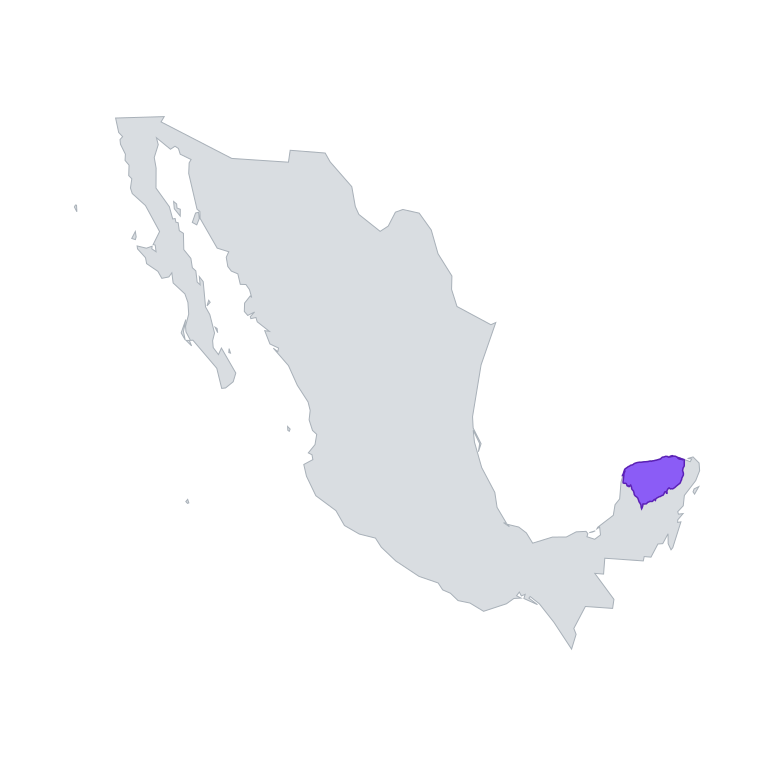 where Yucatán sits in Mexico, rotated 4°
{"feature_id": "MEX-2737", "entity_name": "Yucatán", "entity_type": "State", "adm_level": 1, "iso_a3": "MEX", "parent_name": "Mexico", "parent_adm1": "", "projection": "equal_earth", "projection_center": [-88.855, 20.634], "detail": "fine", "context": "in_parent", "style": "filled", "palette": "violet", "viewbox_px": 768, "rotation_deg": 4, "n_neighbors": 0, "source": "natural_earth", "source_scale": "10m", "svg_char_len": 6285}
<svg xmlns="http://www.w3.org/2000/svg" viewBox="0 0 768 768"><g transform="rotate(4 384 384)"><path d="M97.7,137.4L146.1,132.6L143.3,138.1L216.4,169.6L273.2,169.4L274.1,157.4L309.2,157.7L314.8,166.2L338.1,189.4L343.0,209.0L347.1,216.6L369.5,232.0L377.2,226.2L383.4,211.8L390.6,208.6L407.2,211.1L420.4,227.1L428.8,250.3L444.2,271.5L444.8,284.9L451.4,301.6L486.5,317.4L491.2,314.9L479.5,358.2L474.6,410.4L476.0,421.7L485.0,436.8L482.9,445.0L483.6,436.8L476.2,423.9L478.3,435.7L487.3,460.6L502.1,484.4L505.4,499.2L515.9,514.4L512.9,514.0L519.0,517.6L517.1,515.4L528.4,517.3L536.4,522.6L543.4,532.4L562.6,525.0L576.6,523.9L586.0,518.1L595.8,516.9L597.8,519.1L597.1,522.2L605.0,524.2L610.5,519.5L609.1,511.7L606.5,513.6L607.2,512.0L621.9,499.0L622.9,488.3L627.1,482.2L627.3,465.1L630.1,452.4L641.3,444.9L660.9,441.0L669.5,436.7L679.1,435.7L694.9,440.1L696.2,437.3L692.0,437.2L697.4,435.2L703.8,440.8L704.9,448.4L701.7,458.6L691.4,474.2L691.0,484.6L685.9,490.9L686.8,493.3L691.4,492.4L686.5,499.0L686.6,501.6L689.8,500.8L683.5,527.1L681.9,529.4L678.6,523.5L677.8,513.6L673.2,523.8L668.4,524.5L662.4,538.1L655.6,538.0L655.0,542.4L616.4,542.4L616.3,558.3L607.5,558.2L628.4,582.8L627.7,591.9L600.4,591.9L590.4,614.6L593.1,620.3L589.6,635.4L570.0,609.7L554.3,592.4L544.6,585.8L543.5,587.5L552.5,593.4L538.5,588.2L539.5,584.0L535.8,585.8L533.5,582.1L531.0,586.0L535.6,588.0L528.5,588.9L521.5,594.7L499.2,603.8L485.0,596.5L473.0,594.9L464.9,588.1L456.9,585.3L451.9,578.7L432.4,573.5L408.2,559.8L392.7,547.0L386.2,538.3L369.8,535.4L354.4,527.9L344.9,513.7L323.8,500.2L313.1,481.4L309.6,469.9L318.3,464.4L317.1,459.6L313.3,458.0L319.4,449.3L320.4,438.9L315.9,435.3L311.8,425.0L312.2,415.5L309.5,407.2L297.6,391.3L287.4,372.3L271.1,356.0L275.8,359.1L276.3,355.5L267.4,352.0L261.3,339.1L266.0,339.5L253.2,330.8L251.6,326.6L246.6,328.1L245.9,326.2L249.9,321.2L243.3,325.1L239.6,321.4L239.3,313.0L244.4,305.5L246.0,306.9L243.2,299.2L239.3,294.4L233.7,294.6L230.5,284.3L223.8,282.0L220.0,277.7L217.8,268.6L219.9,262.9L208.1,260.1L189.0,231.6L188.3,224.8L185.3,222.7L174.5,187.6L174.2,177.0L175.9,173.5L164.7,169.0L162.5,163.4L158.9,161.4L154.6,164.7L139.8,154.2L142.1,161.0L139.0,174.1L141.6,184.5L142.9,204.5L157.5,222.1L161.7,234.1L164.1,233.5L165.1,237.1L167.4,237.5L169.1,245.3L173.4,247.7L174.9,263.9L182.6,272.2L184.7,281.4L188.4,284.3L190.5,295.3L193.7,297.9L192.3,289.8L196.5,294.5L200.6,319.6L205.4,326.9L211.4,345.0L210.0,352.7L211.1,359.6L216.8,366.2L219.3,359.5L235.4,383.4L233.4,392.3L226.2,399.0L222.4,399.7L216.1,380.0L190.3,353.6L187.9,354.0L182.8,345.8L182.0,340.2L184.3,327.9L182.7,316.3L179.1,308.0L166.6,297.9L164.6,287.9L161.9,292.2L155.0,294.1L150.6,287.4L138.8,280.5L137.3,274.7L128.7,266.4L128.1,263.5L137.5,265.1L143.1,262.7L142.9,265.3L147.4,268.0L146.1,261.4L144.0,261.0L149.5,247.6L133.6,222.6L119.6,211.6L117.4,206.2L118.1,196.9L114.8,193.9L114.4,183.5L110.1,179.0L110.0,172.8L104.4,163.2L103.6,158.6L106.0,155.5L101.8,151.6L97.7,137.4ZM188.2,231.9L186.1,238.3L181.5,236.2L184.1,226.6L187.0,225.6L188.2,231.9ZM169.0,230.7L162.6,223.8L161.4,216.6L164.6,218.9L165.2,222.9L168.6,223.9L169.0,230.7ZM701.5,472.2L699.8,470.0L700.7,467.0L705.2,464.4L701.5,472.2ZM182.6,353.9L178.1,347.2L181.8,333.5L180.3,345.8L182.6,353.9ZM125.9,257.3L122.2,256.4L125.3,249.2L126.5,254.5L125.9,257.3ZM65.6,233.6L62.8,229.0L63.7,227.0L64.8,227.1L65.6,233.6ZM186.7,354.1L189.4,359.4L183.5,354.3L186.7,354.1ZM293.5,435.5L292.8,437.8L291.3,436.9L290.8,433.1L293.5,435.5ZM213.6,340.2L214.5,344.4L211.5,339.1L213.6,340.2ZM203.3,312.7L204.9,314.6L202.0,318.4L203.3,312.7ZM197.6,516.2L196.3,516.8L194.5,515.1L196.2,512.8L197.6,516.2ZM602.6,517.0L599.1,518.0L605.0,515.7L602.6,517.0ZM228.7,363.9L227.0,363.5L227.0,359.5L228.7,363.9Z" fill="#d9dde1" stroke="#a8b0b8" stroke-width="1"/><path d="M629.5,457.6L629.8,456.0L630.4,454.3L630.4,453.4L630.0,454.9L629.6,456.0L629.4,456.9L629.2,457.7L628.8,458.3L628.2,458.6L628.2,458.4L628.7,457.7L630.0,452.6L630.2,452.2L630.6,451.7L632.9,449.9L633.3,449.4L634.7,448.8L635.4,448.0L635.9,447.8L636.1,447.7L636.8,447.6L637.9,447.1L639.2,445.9L639.5,445.7L639.9,445.6L642.0,444.7L644.3,444.2L645.9,444.2L648.8,443.5L652.8,443.0L654.5,442.4L655.3,442.3L655.8,442.5L656.0,442.5L656.3,442.4L656.7,442.2L656.8,442.1L658.6,441.7L660.0,441.2L660.9,441.1L661.3,440.9L662.1,440.5L664.6,439.8L665.3,439.2L666.6,437.7L667.0,437.5L668.3,437.3L668.7,437.1L669.5,436.7L669.9,436.5L671.5,436.5L671.9,436.6L672.6,437.0L673.0,437.1L673.4,437.1L674.0,436.8L675.2,436.6L675.5,436.5L675.8,436.2L676.1,436.1L677.5,436.1L677.1,435.9L676.6,435.8L676.1,435.8L675.4,436.3L674.5,436.5L674.3,436.6L674.4,436.3L674.9,436.0L675.3,435.8L675.9,435.7L676.3,435.4L676.5,435.4L676.8,435.4L677.8,435.8L679.5,435.8L680.0,435.8L681.3,436.5L682.2,436.8L684.0,437.2L685.3,437.6L685.2,437.9L685.0,438.0L684.7,438.0L684.5,437.9L684.3,437.8L684.0,437.6L682.5,437.3L682.0,437.1L682.5,437.6L683.2,438.0L683.9,438.3L684.6,438.4L686.0,438.4L686.7,438.6L687.0,438.7L687.3,438.4L686.5,438.4L686.0,438.3L685.7,438.0L685.8,437.8L687.2,438.1L688.4,438.6L688.8,438.7L688.9,439.0L689.2,444.3L689.1,445.2L688.3,446.7L688.0,448.5L687.9,449.5L688.9,452.1L689.0,453.9L687.7,457.1L687.6,458.0L687.5,458.9L687.0,459.8L686.8,460.8L686.1,462.5L684.8,463.5L683.7,464.6L683.0,465.2L681.3,467.0L679.6,468.3L679.0,468.5L677.8,468.4L677.1,468.7L676.5,468.4L675.9,467.8L675.2,468.0L674.7,468.6L674.4,469.3L673.9,470.2L673.6,471.1L673.9,472.3L673.9,473.3L673.4,473.3L673.1,472.5L672.8,471.8L672.1,471.8L671.5,472.3L670.9,474.1L670.0,475.6L668.8,475.9L667.7,476.9L666.5,477.2L665.8,477.6L665.1,478.1L664.5,478.4L663.3,479.5L662.8,480.2L663.0,480.8L662.8,481.2L662.3,480.7L661.7,480.3L660.4,481.8L660.2,482.2L659.9,482.4L659.5,482.5L657.2,482.6L656.5,483.2L655.2,483.7L654.7,484.5L654.1,485.2L651.9,485.6L651.2,485.5L650.6,485.8L650.7,486.7L650.6,487.6L650.4,488.5L650.1,489.6L649.7,490.5L649.1,489.0L648.8,487.0L647.9,485.3L646.7,483.8L645.2,480.2L643.9,479.0L642.5,478.2L641.4,476.9L640.9,474.9L640.2,473.2L639.0,472.1L638.6,471.6L638.2,470.5L638.2,469.8L637.9,469.1L637.1,467.6L636.5,468.1L636.1,469.1L635.5,469.3L635.1,468.8L634.7,468.4L634.3,468.5L633.9,468.8L633.4,468.2L633.1,467.2L632.5,466.4L631.7,466.2L630.6,466.3L629.6,466.1L629.3,465.3L629.6,458.4L629.5,457.6Z" fill="#8b5cf6" stroke="#5b21b6" stroke-width="1.5"/></g></svg>